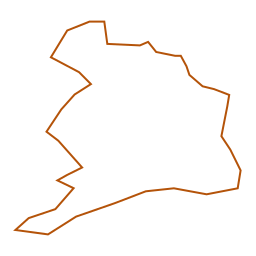 Agios Dometios, Cyprus
{"feature_id": "46923920B17515684625849", "entity_name": "Agios Dometios", "entity_type": "district", "adm_level": 2, "iso_a3": "CYP", "parent_name": "Cyprus", "parent_adm1": "", "projection": "mercator", "projection_center": [33.316, 35.179], "detail": "fine", "context": "isolated", "style": "outline", "palette": "amber", "viewbox_px": 256, "rotation_deg": 0, "n_neighbors": 0, "source": "geoboundaries", "source_scale": "gbopen_adm2", "svg_char_len": 569}
<svg xmlns="http://www.w3.org/2000/svg" viewBox="0 0 256 256"><path d="M50.9,57.3L79.1,72.2L90.9,84.1L74.6,94.5L61.3,109.4L46.5,131.7L58.3,140.7L82.1,167.5L67.2,174.9L57.4,180.4L73.6,188.2L55.4,209.1L28.7,218.1L15.4,230.0L48.0,234.4L76.1,216.6L114.7,203.2L145.8,191.3L173.9,188.3L206.6,194.3L237.7,188.3L240.6,170.4L230.3,149.6L221.4,136.2L227.3,106.3L229.2,94.9L214.0,89.1L202.6,86.3L189.4,74.9L186.5,66.3L180.8,55.8L175.1,55.8L156.2,52.0L148.1,41.9L139.9,45.4L107.3,43.9L104.3,21.6L89.5,21.6L67.2,30.5L50.9,57.3Z" fill="none" stroke="#b45309" stroke-width="2"/></svg>